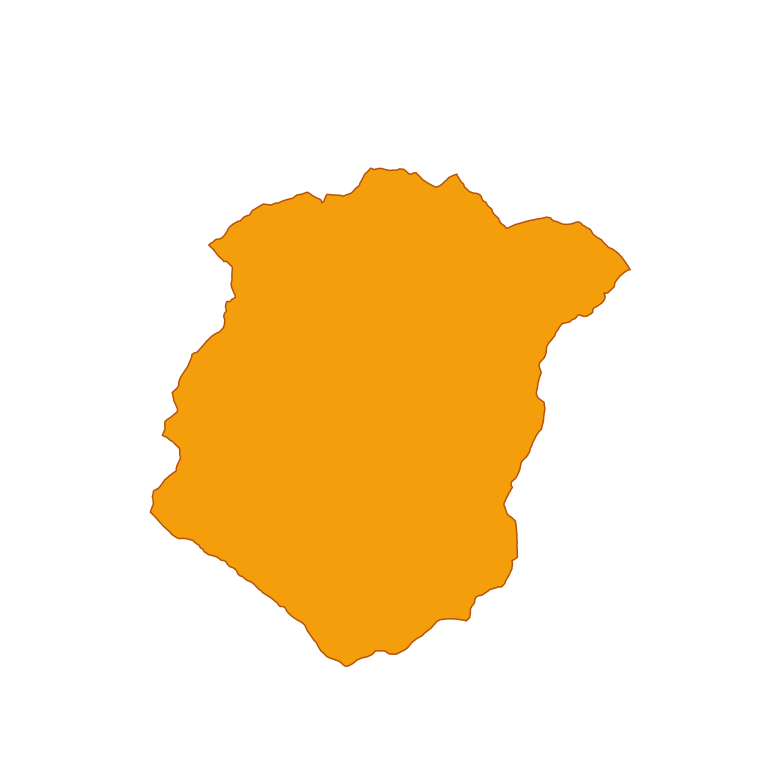 Kawang, Thimphu, Bhutan, rotated 42°
{"feature_id": "84629894B41784722800221", "entity_name": "Kawang", "entity_type": "district", "adm_level": 2, "iso_a3": "BTN", "parent_name": "Bhutan", "parent_adm1": "Thimphu", "projection": "robinson", "projection_center": [89.606, 27.573], "detail": "fine", "context": "isolated", "style": "filled", "palette": "amber", "viewbox_px": 768, "rotation_deg": 42, "n_neighbors": 0, "source": "geoboundaries", "source_scale": "gbopen_adm2", "svg_char_len": 6170}
<svg xmlns="http://www.w3.org/2000/svg" viewBox="0 0 768 768"><g transform="rotate(42 384 384)"><path d="M603.7,504.8L603.9,501.8L603.8,500.1L602.8,498.7L601.6,496.6L598.7,493.2L597.9,489.7L597.8,486.4L596.7,484.8L595.3,482.3L595.2,479.9L596.4,477.6L598.2,475.1L599.6,469.5L600.3,465.8L602.8,461.7L604.6,458.7L607.2,455.7L607.2,451.3L606.1,448.7L604.6,441.6L603.9,439.7L602.9,436.1L601.2,433.7L600.4,432.4L598.7,430.7L597.3,429.4L598.0,427.9L599.0,424.6L598.9,423.3L596.9,421.3L593.8,417.8L591.4,415.8L589.4,413.1L587.7,411.3L586.1,410.0L584.5,408.0L581.5,405.1L580.0,403.7L577.6,401.4L575.7,399.9L573.4,397.9L568.5,397.8L564.6,398.3L562.1,398.1L558.8,396.1L556.3,394.7L553.9,393.5L553.1,392.5L552.2,389.6L551.3,386.9L550.5,383.4L549.7,381.2L549.6,379.7L548.8,376.7L548.6,375.0L545.9,373.9L544.7,372.4L544.2,371.0L544.9,366.2L544.5,363.7L543.2,359.5L542.3,357.0L540.9,354.7L538.2,349.9L538.3,346.2L538.6,342.2L537.4,336.3L536.2,334.9L535.7,333.8L535.1,331.1L533.5,327.6L533.1,325.3L531.7,320.7L531.1,315.8L531.1,312.0L529.5,309.3L527.8,305.8L525.7,302.8L523.4,299.8L522.3,298.0L519.9,294.5L515.1,290.5L509.6,291.2L506.9,291.0L504.3,289.8L503.5,289.0L502.4,287.7L500.7,284.4L498.0,280.5L496.8,278.3L495.1,275.1L493.7,271.2L492.8,270.0L489.4,268.2L487.2,266.8L486.0,265.0L485.4,263.8L485.4,261.2L485.5,257.1L483.4,252.0L480.9,248.9L479.7,246.9L479.1,243.7L478.8,236.7L478.6,234.0L477.2,230.8L476.9,226.7L476.3,224.6L476.1,221.4L476.1,219.8L479.2,215.4L480.5,213.5L480.8,210.4L482.2,207.8L482.3,205.7L482.0,204.0L482.6,202.0L486.3,200.6L487.5,199.8L489.4,197.7L491.0,192.6L491.0,190.9L489.6,189.3L489.0,186.9L490.1,184.6L491.7,177.9L491.6,175.4L491.0,172.8L489.6,170.8L486.8,169.3L489.4,166.6L489.7,161.8L490.0,157.6L488.0,154.6L487.4,152.0L487.4,150.9L487.1,146.3L487.8,140.9L488.6,137.2L490.3,134.3L486.4,133.1L480.9,131.7L476.2,130.7L470.8,130.2L464.6,130.6L463.0,130.9L459.9,132.2L452.6,131.9L448.9,131.4L443.4,132.6L438.8,132.8L435.6,131.5L433.3,131.2L429.9,132.1L424.9,133.0L422.6,132.7L420.3,133.2L418.7,135.0L415.9,139.9L413.0,143.1L409.9,145.6L406.6,146.7L403.0,148.0L401.8,149.0L398.5,149.6L396.8,149.1L393.2,151.1L392.3,152.5L390.3,155.5L388.0,158.1L386.3,160.5L383.3,164.4L379.5,170.3L376.8,174.7L374.8,177.8L371.6,185.3L370.2,186.4L367.8,185.8L365.0,186.3L361.8,186.0L358.5,184.4L354.0,184.2L351.6,184.2L348.8,183.1L347.4,182.0L341.8,182.1L338.1,180.8L334.7,181.6L330.2,179.4L328.3,179.2L324.6,180.7L323.2,182.1L318.8,183.8L316.0,183.8L312.1,183.7L308.9,182.1L306.9,182.3L304.1,181.6L299.5,180.2L297.7,179.4L295.7,183.1L294.0,187.3L294.0,190.4L293.5,194.7L293.4,197.2L292.4,200.2L291.1,202.8L286.7,204.3L279.9,205.8L276.0,206.2L267.6,205.7L266.5,205.5L264.8,207.3L263.9,209.8L262.8,210.6L262.0,211.1L256.1,211.1L255.0,211.3L251.7,213.6L250.2,216.9L247.7,218.8L245.5,221.4L243.8,222.4L240.0,224.5L237.6,225.7L235.9,227.3L233.9,230.1L233.4,231.1L229.7,232.5L229.7,236.5L229.3,241.1L230.4,244.8L231.8,250.9L232.9,253.2L232.1,256.8L232.1,261.5L232.0,264.0L229.5,268.6L228.1,271.6L225.7,272.7L219.9,277.4L214.8,281.1L215.0,282.8L215.9,285.8L216.7,287.6L217.0,288.5L216.7,289.4L216.4,290.8L214.6,289.7L213.8,289.4L212.2,289.7L210.5,290.5L208.5,291.0L206.4,291.6L201.8,292.2L199.9,292.4L198.7,292.8L195.3,298.8L192.8,301.8L191.9,306.8L188.0,312.7L185.5,317.3L184.1,320.6L182.3,322.1L180.2,326.7L176.5,329.2L173.9,331.0L171.5,338.6L170.0,343.6L170.9,347.7L170.9,348.7L169.9,350.0L168.5,352.7L168.0,355.7L168.2,358.7L166.6,360.9L165.1,365.4L164.3,369.1L164.3,372.5L165.2,375.4L165.7,378.8L166.0,381.8L165.5,384.5L164.5,386.8L162.6,388.6L162.0,390.6L162.0,392.9L161.0,395.6L160.8,397.9L161.7,398.1L167.0,398.2L176.0,399.8L180.6,399.6L182.9,400.2L183.5,399.5L185.3,398.2L187.0,398.2L189.3,398.5L190.7,398.4L193.0,398.6L194.1,399.8L196.2,402.5L198.2,405.0L200.3,407.1L201.1,408.0L203.2,411.4L203.8,412.4L205.5,413.7L206.5,414.3L208.6,415.3L209.6,415.8L211.4,416.6L214.1,417.6L215.2,418.8L215.4,420.0L215.0,421.2L214.3,422.5L214.4,424.8L214.0,426.4L212.5,427.3L212.1,428.4L214.3,432.5L218.0,435.1L218.3,438.6L219.8,441.2L223.0,443.0L225.9,447.1L226.9,449.4L226.9,455.3L225.9,457.3L225.0,459.9L224.0,463.7L223.8,468.3L223.5,470.9L223.8,475.8L223.8,485.5L222.1,488.1L221.6,490.6L223.4,493.4L225.0,498.3L226.4,502.3L228.1,514.4L229.5,518.4L230.4,520.1L232.5,522.8L233.0,525.0L232.3,532.0L239.4,537.2L247.0,540.5L249.0,543.1L248.3,547.4L247.8,551.5L246.6,555.4L246.4,558.7L248.6,561.2L251.6,564.3L252.9,568.5L253.7,570.4L255.9,569.8L258.4,568.9L262.9,568.9L265.7,568.2L270.6,568.6L274.4,568.6L275.7,569.1L277.6,571.1L279.5,573.1L282.2,575.0L282.8,576.4L283.5,579.0L284.5,582.5L285.9,585.5L287.2,586.9L287.7,587.9L286.9,590.7L285.9,595.9L285.7,599.2L285.1,602.0L285.8,606.3L286.1,609.9L286.1,613.2L285.5,613.9L284.3,617.8L286.0,620.3L287.1,622.6L289.9,624.5L293.1,627.8L294.3,631.4L296.1,635.6L301.9,635.8L315.4,637.3L324.6,637.3L326.5,637.8L328.4,637.6L332.8,636.9L335.5,635.8L337.4,633.7L340.6,631.2L344.0,629.4L346.7,628.1L348.2,628.2L350.9,628.2L352.5,628.1L354.1,627.5L356.7,628.4L357.7,628.5L359.6,628.0L361.0,628.5L362.8,628.9L366.5,628.3L367.9,628.2L370.5,626.7L374.8,624.7L377.7,624.0L380.6,624.0L382.8,622.6L383.8,622.2L385.5,621.8L386.7,622.3L389.0,622.8L390.9,623.1L392.5,622.5L395.6,621.3L397.0,621.4L398.6,621.1L400.9,622.1L402.3,622.9L405.2,623.0L407.5,621.9L413.4,621.6L418.1,619.9L421.2,619.7L425.8,620.1L429.1,620.3L430.4,619.9L431.4,619.9L433.0,620.3L437.9,619.4L442.2,618.7L445.2,618.4L451.4,618.1L454.1,618.9L455.8,618.8L457.9,616.9L460.1,616.4L463.9,617.9L466.7,618.2L470.4,618.3L474.0,617.9L477.4,617.4L482.4,616.2L485.0,616.1L486.7,616.2L492.2,618.7L503.2,621.2L507.3,621.5L510.1,622.9L515.4,624.5L519.1,624.5L523.9,624.8L527.3,623.8L531.2,622.1L536.5,620.0L541.3,619.9L544.0,619.7L545.5,618.3L546.4,616.7L547.9,612.5L548.6,607.3L550.9,602.3L554.2,597.7L556.3,592.5L556.3,587.7L558.5,586.1L561.4,583.3L563.9,581.6L566.2,581.6L568.6,581.0L570.4,579.6L572.0,578.2L573.5,577.1L574.2,575.9L574.6,574.4L575.0,573.8L577.5,567.1L578.0,564.5L577.7,557.1L578.7,551.2L580.8,545.5L580.9,541.4L582.3,534.0L582.3,529.6L582.2,524.8L583.7,521.2L588.9,515.4L593.7,511.3L596.1,509.6L601.6,506.0L603.7,504.8Z" fill="#f59e0b" stroke="#b45309" stroke-width="1.5"/></g></svg>